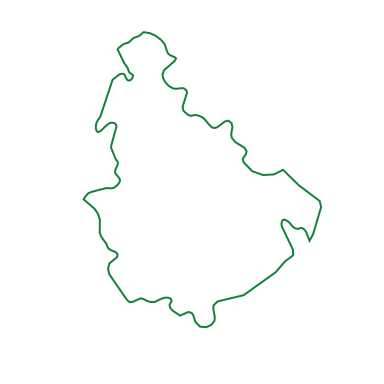 SVG path tracing the border of Bologna, rotated 115°
{"feature_id": "ITA-5362", "entity_name": "Bologna", "entity_type": "Province", "adm_level": 1, "iso_a3": "ITA", "parent_name": "Italy", "parent_adm1": "", "projection": "orthographic", "projection_center": [11.264, 44.436], "detail": "fine", "context": "isolated", "style": "outline", "palette": "green", "viewbox_px": 384, "rotation_deg": 115, "n_neighbors": 0, "source": "natural_earth", "source_scale": "10m", "svg_char_len": 2578}
<svg xmlns="http://www.w3.org/2000/svg" viewBox="0 0 384 384"><g transform="rotate(115 192 192)"><path d="M179.2,64.4L186.5,64.9L179.6,72.1L178.3,75.2L178.2,77.3L178.8,78.4L179.7,79.2L180.7,80.5L181.4,83.6L180.7,86.4L178.2,91.7L177.8,96.4L179.4,98.1L182.1,97.8L184.9,96.4L201.7,76.1L206.6,73.6L215.7,78.4L229.4,82.3L263.7,101.6L280.3,122.5L285.4,124.5L288.4,123.7L295.3,118.7L299.1,117.2L304.2,118.3L308.6,122.1L310.6,127.7L308.4,134.0L303.0,138.9L301.8,141.0L302.2,144.5L309.1,150.6L307.8,158.9L306.4,162.6L303.9,164.6L299.6,164.5L298.0,165.6L297.6,167.3L298.0,169.3L298.9,171.3L301.4,174.4L307.6,179.5L309.4,183.5L309.7,187.9L309.5,191.1L310.1,193.6L316.9,199.6L318.2,202.2L317.1,205.6L301.4,232.4L296.7,235.8L291.6,236.6L283.3,232.7L281.8,232.4L280.4,232.9L279.2,234.3L278.8,236.3L278.9,240.8L278.7,243.4L277.8,245.0L275.0,247.9L271.3,254.8L268.0,258.4L256.2,263.7L251.6,267.8L248.4,273.3L244.5,286.9L242.3,287.0L237.0,285.5L234.1,282.8L225.4,272.3L223.9,269.8L223.0,267.0L221.9,265.5L221.0,264.5L217.7,262.7L216.1,262.3L213.7,261.8L212.2,262.1L211.1,262.7L210.4,263.6L209.8,264.5L207.7,268.9L207.0,269.8L205.6,270.5L203.3,270.9L198.7,270.9L196.7,271.6L195.7,272.6L195.3,273.4L194.9,274.2L193.7,275.9L186.0,284.1L183.6,284.9L164.3,288.2L163.4,289.0L162.8,290.0L162.4,291.1L162.5,292.4L162.8,293.5L163.4,294.5L164.1,295.3L164.9,296.1L167.0,297.3L175.2,300.6L176.2,301.3L177.1,302.0L177.4,303.1L176.8,304.4L174.8,306.2L170.6,307.7L166.8,307.7L163.4,307.0L162.7,306.9L125.5,311.2L123.8,311.4L115.5,307.1L114.7,305.8L113.9,304.1L114.2,302.9L114.8,301.8L116.5,300.0L117.4,298.8L117.9,296.9L117.3,295.7L116.0,294.7L114.7,294.4L113.5,294.3L111.3,294.6L110.9,295.6L110.7,296.8L110.5,298.0L110.2,298.9L109.9,299.5L109.3,300.3L107.0,302.6L106.3,303.5L104.0,307.7L94.4,319.5L93.4,319.6L92.3,319.3L87.9,317.1L86.1,315.8L83.9,313.2L82.8,312.4L77.5,310.2L76.4,309.5L75.6,308.7L74.9,307.7L72.3,305.5L67.7,303.6L65.9,297.7L65.8,290.9L67.2,284.3L69.6,279.1L75.4,273.8L76.9,271.6L77.3,268.5L77.1,265.2L77.6,263.0L80.3,263.0L93.5,268.8L98.0,268.4L101.2,266.1L103.9,262.5L105.7,257.9L106.2,252.9L105.0,249.6L103.0,246.6L101.5,243.5L102.1,240.2L104.0,238.5L118.9,236.5L122.1,233.9L123.8,228.2L123.5,225.3L121.0,222.0L120.2,219.8L119.9,215.3L120.4,212.0L123.7,205.0L125.0,201.3L124.5,198.6L122.8,196.6L114.1,191.9L112.0,189.1L112.9,185.3L115.9,182.9L123.1,180.9L126.1,178.8L128.5,173.8L129.7,163.3L132.0,159.8L134.9,159.1L140.4,160.1L143.2,157.9L147.7,146.2L146.6,134.7L141.3,125.0L133.4,118.9L140.8,98.0L146.2,72.5L151.1,68.6L179.2,64.4Z" fill="none" stroke="#15803d" stroke-width="2"/></g></svg>